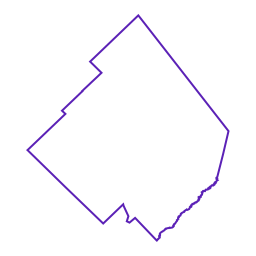 the district of Saavedra, Buenos Aires, Argentina
{"feature_id": "61730980B51540343691170", "entity_name": "Saavedra", "entity_type": "district", "adm_level": 2, "iso_a3": "ARG", "parent_name": "Argentina", "parent_adm1": "Buenos Aires", "projection": "robinson", "projection_center": [-62.205, -37.742], "detail": "fine", "context": "isolated", "style": "outline", "palette": "violet", "viewbox_px": 256, "rotation_deg": 0, "n_neighbors": 0, "source": "geoboundaries", "source_scale": "gbopen_adm2", "svg_char_len": 5286}
<svg xmlns="http://www.w3.org/2000/svg" viewBox="0 0 256 256"><path d="M138.3,15.4L90.1,61.6L101.5,72.8L82.3,90.9L82.5,91.1L62.0,110.7L65.4,113.9L27.5,150.1L65.3,187.0L103.2,223.5L123.2,204.3L123.6,205.8L124.7,208.2L128.4,216.2L126.8,221.3L129.5,222.6L135.1,217.9L156.8,240.6L157.0,240.5L157.1,240.4L157.2,240.2L157.3,239.9L157.4,239.6L157.7,239.4L157.9,239.1L158.2,239.1L158.4,238.9L158.7,238.5L158.9,238.3L159.1,238.1L159.3,237.8L159.3,237.7L159.6,237.7L159.8,237.2L159.6,237.0L159.3,236.7L159.1,236.4L159.1,236.1L159.1,235.9L159.3,235.6L159.5,235.5L160.0,235.5L160.1,235.2L160.1,234.7L159.8,234.3L159.8,234.0L159.8,233.8L160.2,233.2L160.3,233.0L160.5,232.8L160.8,232.6L161.0,232.4L161.6,231.9L161.9,231.7L162.5,231.6L162.7,231.4L163.2,230.9L163.4,230.7L163.6,230.6L163.8,230.6L164.0,230.5L164.4,230.3L164.6,230.0L164.8,229.8L164.9,229.4L165.1,229.2L165.4,228.9L165.7,228.7L165.9,228.5L166.1,228.5L166.4,228.7L166.6,228.5L166.9,228.3L167.2,228.3L167.8,228.1L168.3,228.1L168.6,228.0L169.1,227.8L169.3,227.8L169.5,227.7L169.6,227.9L169.8,228.0L170.1,227.9L170.4,227.8L170.7,227.8L171.0,227.7L171.6,227.7L172.2,227.5L172.5,227.4L172.8,227.1L173.1,226.9L173.2,226.7L173.2,226.4L173.5,226.5L173.6,226.4L173.8,226.1L173.7,225.7L173.6,225.4L173.8,225.3L173.9,225.2L173.9,224.9L173.8,224.7L173.9,224.4L174.0,224.2L174.5,223.9L174.8,223.9L175.0,223.7L175.2,223.4L175.6,222.8L175.6,222.6L175.8,222.4L176.0,222.1L176.3,221.7L176.8,221.1L177.0,220.9L177.0,220.6L176.9,220.3L176.9,220.1L177.2,220.0L177.5,219.9L177.7,219.7L177.9,219.3L178.1,219.0L178.3,218.9L178.2,218.6L178.0,218.2L178.2,217.5L178.2,217.2L178.3,217.0L178.5,216.9L178.7,217.0L178.9,217.0L178.9,216.5L178.9,216.3L179.1,216.3L179.4,216.2L179.9,215.9L180.0,215.7L180.3,215.3L180.5,215.3L180.6,215.0L180.7,214.8L180.7,214.6L180.8,214.0L180.8,213.8L181.0,213.6L181.3,213.5L181.5,213.5L181.6,213.3L181.6,213.2L181.9,212.9L182.4,212.7L182.6,212.5L182.9,212.4L183.1,212.3L183.4,212.1L183.7,212.0L184.0,212.0L184.1,211.8L184.2,211.6L184.4,211.5L184.4,211.3L184.4,211.0L184.5,210.9L185.0,210.7L185.3,210.4L185.5,210.3L185.8,210.1L186.1,209.9L186.3,209.9L186.5,209.7L186.6,209.9L187.1,209.9L187.3,209.9L187.4,209.7L188.0,209.6L188.3,209.5L188.5,209.3L188.8,209.2L189.1,209.1L189.3,208.9L189.4,208.6L189.4,208.4L189.5,208.3L189.7,208.1L189.8,207.9L189.9,207.7L190.0,207.4L189.9,207.3L189.9,207.1L190.1,207.1L190.3,206.9L190.6,206.8L190.8,206.8L191.1,206.9L191.3,206.8L191.4,206.6L191.4,206.4L191.3,206.1L191.2,205.9L191.0,205.7L191.3,205.4L191.3,205.1L191.6,205.0L191.8,205.0L192.2,204.7L192.3,204.5L192.2,204.4L192.2,204.2L192.4,204.1L192.7,204.1L192.7,203.9L192.8,203.9L193.0,203.9L193.3,203.9L193.5,203.8L193.6,203.6L193.8,203.5L194.0,203.7L194.3,203.6L194.5,203.5L194.7,203.2L194.6,202.8L194.8,202.7L195.2,202.5L195.5,202.3L195.8,202.4L196.0,202.4L196.1,202.2L196.4,202.1L196.5,202.3L196.7,202.2L196.9,201.8L197.0,201.6L197.2,201.4L197.4,201.4L197.6,201.3L197.7,201.1L197.8,201.0L197.9,200.9L198.1,200.8L198.3,200.7L198.3,200.1L198.5,200.1L198.8,200.2L199.0,199.8L199.0,199.6L198.9,199.3L198.8,199.0L198.8,198.8L198.9,198.7L199.1,198.7L199.5,198.6L199.5,198.3L199.4,198.3L199.3,198.2L199.2,198.1L198.9,198.1L198.7,198.1L198.7,197.8L198.8,197.7L198.8,197.4L198.7,197.3L198.6,197.1L198.9,196.9L199.0,196.9L199.1,197.0L199.2,196.9L199.3,196.8L199.5,196.8L199.7,197.1L199.7,197.3L199.8,197.4L200.0,197.2L200.3,197.0L200.4,196.9L200.5,196.7L200.6,196.8L200.8,196.8L200.8,196.6L200.8,196.4L200.9,196.0L200.9,195.8L200.9,195.7L201.0,195.7L201.1,195.4L201.2,195.2L201.4,195.2L201.5,195.1L201.8,194.9L202.0,194.7L202.1,194.2L202.2,193.8L202.3,193.6L202.2,193.3L202.3,193.0L202.3,192.8L202.2,192.7L201.8,192.7L201.7,192.5L201.7,192.2L201.9,192.1L202.2,192.0L202.4,192.0L202.7,191.9L202.9,191.8L202.9,191.6L202.9,191.4L202.9,191.2L203.0,191.0L203.2,190.9L203.4,190.9L203.7,191.0L203.9,191.0L204.2,191.0L204.7,191.1L205.0,191.1L205.1,190.8L205.3,190.5L205.4,190.2L205.5,189.9L205.7,189.7L205.8,189.6L206.1,189.6L206.4,189.7L206.9,189.6L207.8,189.5L207.9,189.3L208.0,189.2L208.4,189.0L208.5,188.8L208.4,188.7L208.1,188.5L208.1,188.3L208.2,188.2L208.4,188.1L208.6,188.1L208.9,188.1L208.9,188.3L208.9,188.6L209.1,188.7L209.3,188.7L209.3,188.4L209.2,188.3L209.1,188.1L209.0,187.8L209.1,187.6L209.5,187.6L209.9,187.9L210.1,188.0L210.3,188.0L210.5,187.8L210.5,187.6L210.3,187.5L209.9,187.3L209.7,187.2L210.0,186.7L210.4,186.6L210.6,186.6L210.9,186.4L211.1,186.1L211.2,185.9L211.4,185.8L211.6,185.5L211.9,185.3L212.1,185.2L212.4,185.3L212.6,185.3L212.8,185.5L213.0,185.6L213.4,185.4L213.5,185.2L213.5,184.7L213.7,184.2L213.8,184.1L214.0,184.3L214.1,184.6L214.4,184.7L214.6,184.5L214.6,184.4L214.5,184.2L214.4,184.2L214.2,184.1L214.2,183.8L214.2,183.7L214.4,183.2L214.6,183.1L214.7,182.8L214.9,182.8L215.2,183.1L215.4,183.2L215.6,183.1L215.7,182.9L215.8,182.8L215.8,182.6L215.5,182.2L215.5,181.9L216.0,181.8L216.3,181.7L216.4,181.4L216.5,181.2L216.8,180.6L217.0,180.4L217.4,180.2L217.0,179.9L216.9,179.8L216.8,179.7L216.7,179.6L216.8,179.4L217.3,179.2L217.3,178.9L217.2,178.9L216.8,178.8L216.6,178.8L216.5,178.7L216.6,178.4L217.0,178.3L217.1,178.2L216.9,177.9L216.8,178.0L216.7,178.0L216.4,178.0L216.4,177.9L216.4,177.7L216.5,177.6L217.0,177.3L217.1,177.2L217.3,176.9L223.1,154.1L228.5,131.1L138.3,15.4Z" fill="none" stroke="#5b21b6" stroke-width="2"/></svg>